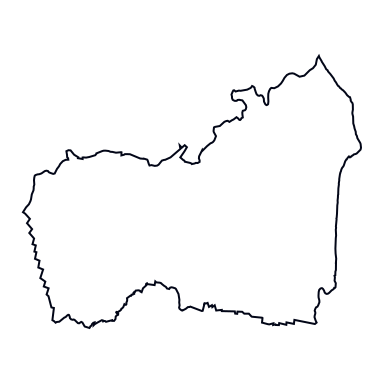 Ursulo Galván, Veracruz, Mexico (Equal Earth projection)
{"feature_id": "50627088B70821360053618", "entity_name": "Ursulo Galván", "entity_type": "district", "adm_level": 2, "iso_a3": "MEX", "parent_name": "Mexico", "parent_adm1": "Veracruz", "projection": "equal_earth", "projection_center": [-96.381, 19.446], "detail": "fine", "context": "isolated", "style": "outline", "palette": "ink", "viewbox_px": 384, "rotation_deg": 0, "n_neighbors": 0, "source": "geoboundaries", "source_scale": "gbopen_adm2", "svg_char_len": 5943}
<svg xmlns="http://www.w3.org/2000/svg" viewBox="0 0 384 384"><path d="M23.0,212.2L25.1,213.6L29.9,218.9L27.0,223.2L32.1,229.1L29.3,233.0L34.1,238.5L32.5,244.2L35.8,245.4L34.4,251.6L36.4,252.2L35.0,258.8L39.5,260.7L38.3,267.5L43.1,269.5L40.3,278.1L45.3,281.6L43.8,286.5L48.6,288.3L46.6,294.5L48.5,296.2L51.4,307.4L53.9,308.0L52.4,320.2L54.0,321.1L55.6,322.7L56.7,322.0L59.3,321.7L64.3,317.6L65.7,317.0L66.9,315.7L68.2,314.8L68.9,314.9L69.6,316.3L70.0,318.2L71.2,319.4L72.9,319.8L73.7,319.5L74.6,319.9L77.9,323.1L79.1,323.3L81.2,321.9L82.4,322.5L84.7,326.5L89.4,328.0L89.9,327.4L90.3,326.4L91.6,325.5L91.9,324.3L93.3,322.8L94.5,322.4L94.0,324.9L94.7,324.2L97.4,322.6L101.8,320.2L102.8,320.4L103.1,321.4L103.6,321.2L103.7,320.9L105.2,321.1L106.0,321.8L112.1,320.2L112.2,320.9L114.1,320.9L115.5,319.0L115.7,316.6L116.5,315.6L118.1,314.8L118.2,313.6L116.8,313.3L116.2,312.3L116.5,311.9L117.7,312.1L119.9,310.8L121.1,309.7L121.4,308.7L122.2,308.3L123.3,307.1L124.4,304.2L125.3,304.8L126.1,304.7L126.4,304.2L126.4,302.6L127.1,300.9L127.2,299.8L127.0,298.2L130.1,295.9L131.0,295.9L131.3,295.5L131.5,294.7L132.8,294.6L133.1,294.2L133.3,293.4L134.2,293.7L134.3,292.6L134.0,292.3L134.3,291.9L134.9,292.0L135.7,290.6L138.4,290.3L138.9,290.5L139.5,290.5L140.1,290.9L140.3,291.5L141.6,292.2L143.0,288.3L146.3,285.3L146.0,284.8L146.2,283.8L147.0,283.3L147.4,284.1L154.6,285.1L155.3,281.4L156.4,282.4L159.9,282.7L161.3,283.3L161.5,283.7L164.1,285.8L165.9,286.9L167.0,288.5L169.2,289.0L170.1,287.7L171.3,287.3L172.7,287.5L175.2,288.3L175.9,288.9L178.5,294.0L179.4,299.8L179.2,302.5L179.6,305.3L179.1,307.6L179.5,308.7L181.2,310.1L182.0,310.5L182.4,310.2L182.7,310.4L185.8,308.8L187.9,307.1L189.6,307.0L190.3,306.6L201.9,311.0L202.7,310.8L204.1,305.2L204.0,304.3L204.5,303.2L204.9,303.2L205.7,303.6L207.6,302.9L209.0,306.9L211.9,305.2L212.3,307.1L214.7,305.3L216.2,310.5L221.8,309.9L221.8,311.1L234.8,311.4L235.2,313.6L237.2,313.8L237.5,311.6L242.2,311.8L244.3,313.7L248.9,313.7L251.5,316.5L251.9,316.7L262.1,317.7L262.5,318.0L262.0,322.6L267.6,324.1L269.2,324.4L273.4,323.3L273.2,325.0L275.5,324.4L275.8,325.0L278.9,325.1L279.2,323.1L286.3,324.8L286.5,322.4L293.9,323.9L294.4,319.9L314.9,324.0L316.6,322.6L315.6,320.5L314.5,317.1L314.7,315.6L315.3,313.6L315.3,312.2L314.7,310.8L315.1,309.3L316.0,307.4L317.4,306.7L318.2,305.3L319.4,302.2L319.3,300.2L318.6,297.6L318.5,295.7L318.7,292.0L319.2,289.9L320.3,288.7L321.3,288.2L322.1,288.2L322.9,288.8L324.0,290.5L324.7,292.5L325.5,293.4L326.7,293.9L327.9,293.7L329.1,292.9L331.6,290.4L333.6,289.1L334.2,287.9L334.8,288.0L335.5,287.2L335.8,283.2L334.6,280.8L334.9,277.4L334.5,275.7L335.3,275.3L335.4,271.6L335.9,270.1L336.0,262.8L335.9,262.8L336.2,258.7L335.6,253.5L335.4,248.6L335.8,238.2L336.1,235.5L335.8,229.6L336.1,227.7L335.9,226.7L336.6,219.0L336.4,218.6L336.7,217.5L337.0,213.7L337.3,205.3L337.7,202.7L337.6,200.4L337.9,197.7L338.0,195.0L338.3,194.1L338.2,193.5L338.4,188.2L338.9,184.4L338.8,183.4L339.3,180.0L339.2,179.3L340.0,173.9L340.2,173.5L340.4,172.3L340.8,171.7L341.4,169.4L342.3,167.6L343.2,166.6L343.8,165.5L345.2,161.3L346.4,159.4L346.7,159.4L347.8,157.6L348.9,156.5L349.3,157.1L349.9,157.4L350.7,156.7L351.2,156.7L352.1,155.7L352.9,155.3L353.9,154.4L355.6,154.0L356.7,153.5L360.5,149.7L360.8,148.7L361.0,147.6L360.6,144.0L360.2,142.9L357.4,138.2L356.9,136.0L355.9,134.2L355.7,131.7L354.6,128.6L354.1,126.1L353.3,123.5L353.1,116.6L352.4,113.8L352.4,112.4L352.9,109.6L352.8,104.4L352.4,103.0L351.5,102.0L350.7,100.6L350.7,99.6L350.0,97.2L349.2,97.0L347.2,95.3L345.3,92.6L343.1,90.3L341.6,89.3L341.0,88.5L340.0,87.9L339.0,86.4L338.2,86.0L337.2,84.6L336.0,82.4L334.7,80.7L333.7,78.5L330.4,74.1L328.0,71.4L327.7,70.4L326.2,69.2L324.7,66.2L321.8,61.7L321.5,60.9L319.4,57.4L318.9,56.0L316.9,59.1L315.8,64.7L313.0,68.2L309.8,70.2L304.4,75.6L299.6,76.7L294.2,73.7L292.3,73.3L289.4,73.7L286.9,75.0L284.5,77.8L282.7,81.0L281.0,83.5L278.0,86.4L274.3,88.2L271.3,87.9L270.2,88.9L269.0,91.2L268.3,93.8L268.2,97.3L268.4,101.5L268.1,104.1L267.4,104.8L266.4,105.1L265.3,104.2L264.0,101.6L263.8,98.6L263.1,97.1L262.2,95.7L260.7,95.2L259.4,95.8L258.1,95.6L256.7,94.4L256.0,92.8L254.7,88.9L254.5,87.6L253.4,86.6L252.1,86.0L251.4,87.1L250.7,87.9L247.3,89.6L246.3,89.8L240.6,90.8L238.9,90.6L235.6,91.5L234.2,90.3L233.4,90.4L232.8,91.4L231.5,94.5L232.0,96.6L232.0,98.0L232.7,99.8L234.5,100.8L236.0,100.9L236.9,100.7L237.5,100.0L239.1,99.8L242.4,100.4L245.9,105.2L246.3,107.2L245.8,109.2L245.0,110.2L242.8,110.8L242.3,112.5L242.4,114.3L242.8,117.5L241.4,118.2L240.9,119.3L240.1,120.0L239.4,119.9L238.2,118.5L236.5,117.2L233.5,119.5L232.0,120.2L229.4,121.9L227.7,120.8L226.4,121.0L224.4,121.8L219.8,126.0L215.0,126.9L214.0,127.4L213.6,130.5L213.6,131.4L213.9,132.3L216.0,136.1L214.3,140.4L213.0,142.0L211.8,142.8L210.5,143.3L207.1,146.1L202.6,150.6L202.3,149.9L199.1,156.3L198.9,158.4L199.6,160.3L199.6,161.9L197.7,163.0L195.8,162.9L194.6,163.5L192.1,164.0L192.1,163.8L190.0,162.9L184.8,161.7L184.6,161.0L183.9,160.3L183.2,160.0L180.3,157.4L184.5,151.3L186.9,147.2L184.7,145.2L181.8,147.7L179.8,145.5L180.4,148.9L170.5,157.4L165.2,159.8L164.1,159.9L161.9,160.6L158.6,164.7L157.1,165.6L154.8,165.9L151.5,165.1L149.5,165.5L148.8,164.0L147.6,160.2L147.1,159.6L143.7,158.6L143.5,158.8L140.2,158.5L129.9,154.2L125.0,154.1L123.9,154.8L121.4,155.4L121.5,152.3L121.2,152.2L116.0,152.7L112.4,151.9L110.5,151.8L108.6,151.0L105.9,150.7L103.7,150.7L102.4,151.0L96.4,153.4L96.4,153.8L95.3,155.2L89.3,157.0L86.1,157.6L83.2,157.4L82.6,157.5L82.6,159.0L78.0,158.2L78.3,157.3L74.1,154.7L70.6,150.4L68.5,150.2L66.4,151.2L67.0,154.8L67.2,157.3L68.1,158.2L68.3,159.7L65.7,159.8L62.8,161.2L60.2,164.0L59.0,166.3L57.0,168.9L54.7,173.5L53.2,173.9L50.3,172.9L48.8,172.2L47.9,171.0L46.3,170.7L44.8,171.1L41.5,173.4L39.3,174.2L37.5,174.4L35.7,175.0L34.8,175.6L34.3,177.5L34.0,180.2L34.3,184.6L33.7,186.7L33.7,188.4L33.5,190.3L31.8,194.4L31.0,199.4L30.4,201.2L28.9,204.3L26.1,207.3L23.0,212.2Z" fill="none" stroke="#020617" stroke-width="2"/></svg>